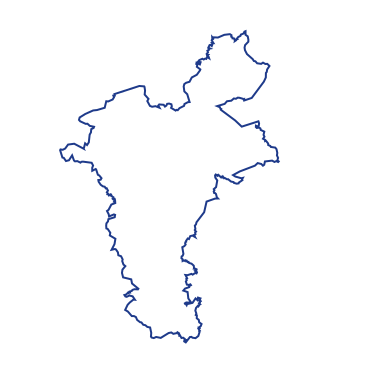 outline of Pajan, Manabi, Ecuador, rotated 342°
{"feature_id": "8360857B88388288506249", "entity_name": "Pajan", "entity_type": "district", "adm_level": 2, "iso_a3": "ECU", "parent_name": "Ecuador", "parent_adm1": "Manabi", "projection": "orthographic", "projection_center": [-80.353, -1.699], "detail": "fine", "context": "isolated", "style": "outline", "palette": "blue", "viewbox_px": 384, "rotation_deg": 342, "n_neighbors": 0, "source": "geoboundaries", "source_scale": "gbopen_adm2", "svg_char_len": 6018}
<svg xmlns="http://www.w3.org/2000/svg" viewBox="0 0 384 384"><g transform="rotate(342 192 192)"><path d="M174.7,74.9L148.5,74.9L148.4,76.4L147.0,76.1L147.1,77.8L145.1,79.5L140.3,80.0L138.5,79.2L135.0,84.9L127.0,84.7L123.2,83.9L114.7,84.8L108.2,86.4L106.8,88.5L107.5,90.2L111.9,94.3L113.7,94.8L115.2,97.5L119.0,99.7L118.2,100.7L115.6,101.1L114.3,104.1L112.4,105.8L109.2,112.9L106.7,114.9L105.4,112.7L102.9,116.6L102.2,116.7L102.3,117.3L94.9,109.7L88.8,108.6L84.8,111.5L82.1,111.9L80.1,110.9L79.5,111.5L79.4,119.2L80.6,119.9L81.7,123.6L84.8,123.8L89.3,120.1L89.5,125.6L90.2,126.7L92.5,127.2L95.0,129.6L96.1,129.1L97.6,129.4L105.6,133.2L106.1,136.3L104.6,138.1L103.7,141.0L107.5,140.4L107.8,140.9L107.8,146.5L108.9,147.6L110.2,150.9L108.9,152.1L106.6,151.7L106.4,153.4L107.4,156.9L109.0,159.1L110.6,160.0L111.1,161.9L112.0,162.0L112.5,164.7L110.9,166.0L111.5,167.3L110.9,168.0L112.0,168.6L111.9,169.4L113.6,169.1L113.5,170.0L114.3,169.8L114.5,171.4L115.7,172.8L115.5,173.7L114.5,174.0L114.9,174.8L116.3,174.8L116.3,175.8L115.1,176.9L116.0,177.2L115.6,178.8L111.4,179.0L107.1,183.2L105.3,183.8L105.9,187.3L105.6,189.6L110.8,189.2L111.8,190.0L110.7,192.1L104.1,192.0L103.0,194.0L100.9,195.4L100.0,197.4L99.3,200.2L100.4,201.1L101.7,205.5L100.4,207.9L104.7,212.8L102.2,217.6L97.7,222.1L101.1,222.4L101.9,223.1L102.9,226.5L102.4,229.4L104.7,231.2L105.2,234.7L104.3,236.1L104.4,239.8L105.7,241.9L101.9,244.3L100.4,247.3L100.1,251.9L107.2,256.3L106.7,260.5L111.1,267.4L110.5,267.9L107.3,266.7L105.1,266.7L104.1,267.5L102.1,267.4L102.0,268.4L100.8,267.8L100.4,268.6L99.9,268.0L97.8,269.1L95.9,269.1L96.4,270.8L97.5,271.5L100.5,271.1L103.3,272.9L104.4,276.8L103.1,276.2L98.6,277.9L95.9,279.4L92.0,283.5L94.1,285.9L96.4,291.4L98.5,292.1L100.0,293.6L100.3,296.7L102.4,299.8L103.6,300.4L104.6,303.2L106.5,304.3L107.8,306.5L110.3,307.9L109.7,313.4L108.3,316.8L108.6,317.9L110.5,319.1L113.1,318.8L117.2,321.1L126.2,318.9L128.9,319.2L130.4,321.1L134.0,321.5L134.8,320.9L136.0,322.4L135.4,323.1L136.1,323.9L135.5,324.8L136.4,325.3L136.9,327.6L138.5,327.8L139.7,329.4L138.9,330.8L139.7,330.9L138.6,331.9L139.6,333.1L145.2,329.3L146.7,329.6L147.4,330.7L150.2,332.1L153.5,330.9L155.8,327.7L155.8,326.6L156.6,326.4L155.9,324.0L156.6,323.9L156.5,323.2L157.3,323.5L157.3,322.7L158.8,322.3L160.3,320.5L158.6,318.2L158.9,315.6L157.5,313.6L158.5,310.8L157.6,310.1L158.6,308.8L158.5,305.9L160.0,303.5L162.3,302.1L162.7,302.8L164.3,301.6L164.2,300.9L164.9,301.0L164.4,299.9L165.4,299.5L165.4,297.6L166.5,298.1L166.3,296.1L167.0,295.7L165.1,294.3L163.7,296.4L162.5,294.3L158.2,297.6L152.6,297.1L151.9,298.0L151.4,296.2L150.0,295.9L152.4,295.3L156.0,296.6L156.8,296.0L155.6,292.1L156.9,285.8L153.3,283.1L155.5,281.7L159.9,281.6L160.1,280.7L162.2,280.3L161.9,279.3L160.2,279.4L158.5,278.5L158.5,275.2L159.7,274.3L159.7,272.9L160.7,272.6L160.1,268.9L161.9,269.7L166.2,269.7L167.1,270.8L170.1,270.0L171.1,270.8L171.9,270.0L171.7,268.7L171.0,269.0L170.5,268.0L171.8,267.9L172.4,267.1L170.7,265.9L171.2,265.8L170.4,265.1L170.9,262.6L169.4,260.0L167.3,258.6L167.1,257.4L166.2,257.3L165.7,255.7L164.9,256.0L164.4,254.8L163.2,255.1L162.6,254.2L161.8,254.5L162.2,252.8L161.5,251.7L162.2,250.1L163.5,249.7L164.7,248.2L165.7,241.5L168.0,241.1L169.7,240.0L169.6,238.7L170.2,237.7L171.1,237.5L171.3,236.6L173.6,234.9L174.6,235.8L176.7,233.4L179.0,233.6L181.0,235.8L180.6,233.5L182.2,233.3L182.5,231.3L183.6,230.9L182.9,229.0L183.8,228.2L184.3,224.9L185.8,224.0L186.9,222.2L197.3,215.0L202.9,205.6L211.9,205.4L214.7,206.2L214.0,204.7L214.2,201.3L213.5,200.0L212.8,199.8L212.8,198.2L213.9,197.2L213.6,196.0L216.4,194.8L219.6,188.8L218.6,185.5L219.1,183.3L220.0,182.7L220.8,183.7L221.8,183.7L221.5,184.5L222.7,184.4L224.1,187.0L224.8,186.7L225.1,187.4L226.1,186.7L226.7,188.8L227.4,188.7L229.2,190.7L230.3,191.0L232.3,194.1L234.6,195.4L234.7,196.3L237.1,197.9L239.0,198.2L239.5,197.5L243.6,196.3L243.5,195.4L244.7,194.3L243.2,194.2L238.0,190.7L236.3,188.6L243.8,187.2L260.0,186.4L263.4,184.8L266.6,186.8L267.6,188.9L269.1,188.4L270.8,185.5L277.9,186.9L279.7,188.9L281.7,188.7L283.2,190.1L283.9,189.7L283.0,188.2L284.4,186.2L284.1,183.4L285.2,181.2L285.6,177.4L284.9,175.5L280.9,173.5L280.7,172.4L279.0,170.9L279.4,169.4L278.4,166.7L278.1,166.0L277.3,166.1L277.6,165.0L276.0,163.3L278.0,161.8L277.7,159.8L279.4,156.9L276.5,154.2L276.7,152.7L275.8,151.5L273.4,151.1L272.8,149.9L273.3,148.7L274.6,149.9L276.0,149.5L277.0,147.5L277.0,145.3L259.5,145.2L255.1,137.2L244.9,122.8L245.4,122.1L244.8,121.7L244.7,120.0L242.5,118.1L250.3,118.3L253.3,116.5L257.6,117.3L260.7,116.0L262.6,116.9L264.7,116.4L266.3,117.1L269.4,119.2L269.7,120.2L270.3,120.0L270.0,121.1L277.9,121.0L294.4,109.3L297.6,105.9L299.1,101.6L300.2,100.9L301.3,98.7L304.6,96.1L303.2,93.4L301.3,92.9L299.5,90.9L297.4,91.5L293.7,89.7L292.7,87.3L291.3,86.5L290.8,84.4L286.9,77.8L286.2,73.5L286.6,70.9L287.9,68.7L292.0,66.5L292.7,64.5L293.1,61.2L291.5,59.0L292.6,55.6L291.4,55.7L290.0,57.2L287.1,57.4L286.3,58.5L283.8,58.9L282.0,60.1L282.3,60.6L280.5,60.8L280.6,61.4L279.5,61.7L280.1,60.8L279.5,60.5L279.6,59.1L278.0,58.4L278.2,57.5L277.3,56.4L278.0,55.1L276.8,53.6L271.3,52.5L264.4,53.1L260.4,51.6L259.8,52.5L259.1,50.9L258.6,52.8L257.6,53.8L258.4,57.0L257.1,56.5L257.4,57.5L256.0,58.1L256.4,58.7L255.9,59.3L254.9,57.7L254.1,57.7L252.1,59.8L253.5,61.1L252.1,60.9L252.0,62.0L250.3,62.4L250.4,64.1L248.6,65.2L248.6,66.1L249.8,66.6L248.7,67.3L249.6,68.7L249.6,70.1L248.1,68.3L246.7,69.8L245.8,69.2L244.1,69.6L243.1,68.5L239.7,68.8L238.2,69.8L240.3,71.2L238.9,73.1L236.3,70.4L235.6,71.6L236.4,72.7L235.3,74.4L237.8,78.0L237.2,78.8L232.8,82.0L227.2,83.0L223.7,86.4L220.2,86.3L218.0,87.0L216.7,89.1L215.8,94.0L217.7,97.5L217.5,105.7L215.8,105.3L212.0,106.0L211.1,107.6L206.0,108.4L203.7,109.8L202.6,109.1L201.6,109.5L198.1,105.5L199.3,104.2L199.5,102.2L197.5,100.8L195.6,100.5L194.3,101.9L192.7,102.4L192.0,100.3L187.9,98.6L186.6,99.4L187.1,101.8L183.8,99.1L180.4,98.6L178.6,97.1L177.6,91.7L179.4,90.0L177.1,84.7L178.7,81.0L179.3,77.4L179.2,76.8L174.7,74.9Z" fill="none" stroke="#1e3a8a" stroke-width="2"/></g></svg>